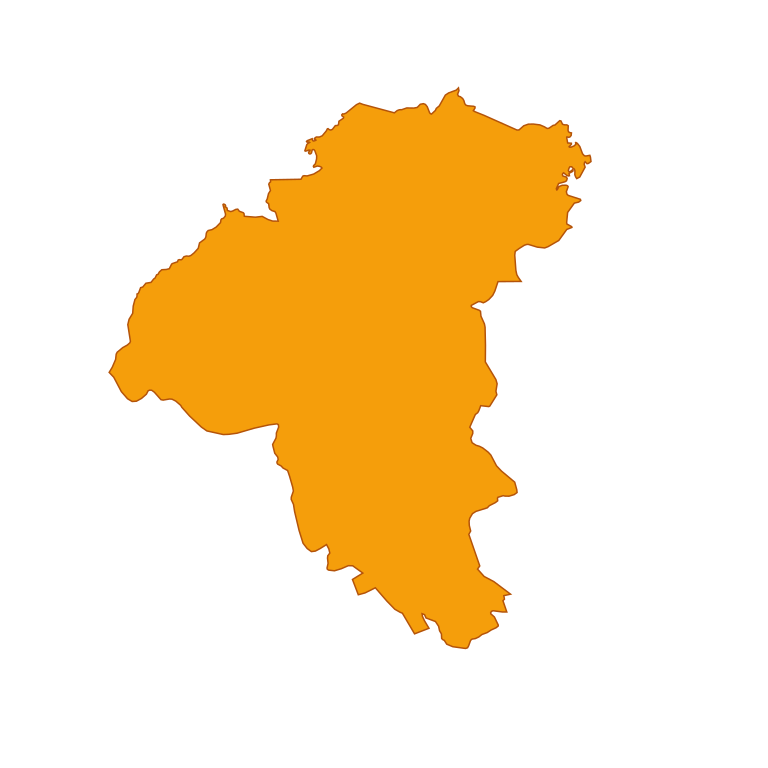 Krong Pac, Đắk Lắk, Vietnam (Robinson projection), rotated 254°
{"feature_id": "81297802B85821133415944", "entity_name": "Krong Pac", "entity_type": "district", "adm_level": 2, "iso_a3": "VNM", "parent_name": "Vietnam", "parent_adm1": "Đắk Lắk", "projection": "robinson", "projection_center": [108.37, 12.687], "detail": "fine", "context": "isolated", "style": "filled", "palette": "amber", "viewbox_px": 768, "rotation_deg": 254, "n_neighbors": 0, "source": "geoboundaries", "source_scale": "gbopen_adm2", "svg_char_len": 6171}
<svg xmlns="http://www.w3.org/2000/svg" viewBox="0 0 768 768"><g transform="rotate(254 384 384)"><path d="M253.2,262.3L247.0,264.8L242.9,268.0L242.3,272.0L243.4,277.2L245.5,284.5L240.7,285.5L236.4,285.3L234.4,282.6L232.2,281.7L227.0,280.8L222.8,278.5L221.4,278.5L220.3,279.6L218.1,284.9L218.2,292.1L219.2,299.6L217.9,303.8L208.1,311.5L204.8,299.8L188.5,301.2L188.4,308.2L190.5,319.5L174.4,327.0L164.5,332.3L160.1,336.6L158.6,338.5L135.4,344.5L136.8,359.9L145.5,357.6L150.1,356.9L152.7,357.3L151.1,359.4L147.5,359.9L141.5,368.0L136.1,369.7L131.5,369.4L128.0,370.3L123.5,369.3L122.2,369.9L120.9,371.3L116.6,372.6L112.5,377.7L107.3,389.5L107.4,391.6L108.9,393.1L113.3,396.3L114.2,397.4L114.5,398.5L114.1,401.6L114.7,405.4L116.2,409.1L116.6,414.7L118.0,419.2L118.8,424.6L119.9,427.1L120.8,427.4L129.6,425.9L133.7,423.3L134.8,423.5L135.8,424.7L136.0,426.3L132.2,435.0L131.0,439.2L142.9,438.6L144.0,440.5L147.5,440.8L147.1,447.7L163.8,435.1L171.4,427.2L180.3,422.9L182.7,425.9L216.1,424.1L218.8,426.8L224.5,427.0L228.7,428.0L231.3,429.4L235.0,433.3L236.2,437.3L236.5,449.2L238.0,451.7L239.3,458.4L240.4,461.1L243.0,461.6L243.7,462.3L243.8,467.8L242.9,469.4L241.7,473.3L241.8,478.7L243.0,482.0L245.8,482.5L253.6,482.6L267.8,473.0L274.3,469.6L286.3,467.1L289.7,465.4L295.3,461.3L297.8,458.6L299.8,455.5L303.3,452.5L307.8,452.4L312.0,455.7L314.4,456.4L318.8,454.5L329.5,463.4L330.6,466.2L332.2,467.8L336.5,471.0L333.4,478.5L333.6,479.6L342.5,489.5L346.2,489.6L353.0,492.8L357.4,492.8L377.3,487.5L393.2,492.2L410.7,496.8L414.1,497.1L422.5,495.9L427.3,496.8L428.6,495.9L433.0,489.9L434.3,489.2L435.5,489.6L437.2,497.4L436.5,499.5L434.7,501.8L435.1,504.4L436.3,508.0L439.2,512.9L442.8,516.2L451.0,521.8L444.8,544.1L449.4,542.5L452.5,541.8L456.9,542.1L471.8,545.2L475.3,546.7L477.0,551.3L478.7,557.2L478.8,559.9L478.3,561.4L473.3,569.1L470.5,576.0L470.8,579.6L473.8,591.6L482.2,602.3L482.7,607.8L483.5,607.8L487.4,603.9L488.9,604.1L498.3,607.8L505.4,616.8L505.2,621.3L506.1,623.7L507.4,623.7L514.5,613.1L516.0,612.2L518.6,612.3L522.9,615.4L524.0,615.1L524.9,613.8L525.9,610.1L525.6,606.6L523.0,604.1L523.0,603.5L524.3,603.5L528.6,607.1L528.5,613.6L529.0,615.4L530.9,616.7L532.6,616.4L534.6,613.3L536.0,613.1L537.1,613.9L537.5,614.9L534.1,617.2L533.1,618.8L533.1,619.7L535.5,619.9L536.4,624.1L537.3,624.6L538.0,624.3L536.8,621.4L537.3,620.3L538.3,620.0L540.2,621.1L541.6,622.6L541.1,624.3L539.3,625.1L538.1,626.2L536.4,626.3L532.5,625.1L530.2,625.3L528.3,625.9L529.0,629.2L537.0,637.1L540.0,637.0L541.5,637.7L542.2,638.6L539.8,639.9L539.7,641.3L540.8,644.3L545.3,645.0L547.1,644.9L547.5,640.9L548.2,639.5L550.6,638.3L558.3,637.7L562.0,636.2L563.3,635.0L563.1,634.6L561.6,634.6L560.5,632.4L560.1,629.2L560.5,627.6L561.0,627.3L562.8,630.2L563.8,630.5L565.1,627.0L570.4,627.5L571.1,628.0L570.2,629.5L570.2,630.8L571.3,632.4L573.7,633.4L574.6,631.7L575.6,630.9L577.0,630.8L581.4,632.3L582.7,631.2L583.4,628.8L584.5,627.2L588.1,626.6L588.7,625.5L585.8,619.6L586.0,617.9L584.4,613.0L584.7,611.2L587.0,609.1L590.1,605.3L592.7,599.2L594.0,594.3L593.7,589.5L591.0,583.8L591.5,581.8L614.7,554.2L620.6,546.6L622.1,545.2L624.1,547.5L625.3,547.9L626.2,546.8L628.4,541.1L629.6,539.5L631.3,538.9L634.5,538.9L636.8,538.3L639.1,536.6L640.2,534.9L642.2,534.6L645.3,536.9L648.1,537.2L646.6,534.5L646.0,526.4L644.8,522.6L636.1,513.8L634.5,510.2L632.8,508.8L630.4,504.1L631.1,503.1L632.3,502.6L638.6,502.0L641.3,500.9L642.6,499.2L642.9,496.0L640.7,492.2L641.0,488.8L643.1,481.9L642.8,476.7L643.4,474.4L643.2,472.0L641.8,468.7L658.6,440.8L660.7,438.0L660.1,434.5L654.9,422.3L654.6,419.8L655.1,418.7L654.4,417.6L653.4,417.5L651.7,418.8L650.7,418.2L649.0,413.1L645.8,411.7L645.4,410.4L645.8,408.4L643.0,404.6L642.8,402.8L643.6,401.5L644.9,400.6L644.9,399.9L643.1,398.2L639.6,393.0L639.2,390.0L640.1,387.0L639.5,385.3L639.0,384.6L638.5,384.6L638.0,385.5L637.2,385.8L636.9,384.5L637.1,383.0L637.8,382.5L639.6,382.6L639.1,377.4L638.6,376.4L637.7,376.7L637.3,378.6L636.7,379.1L636.1,376.9L635.3,375.7L630.0,372.2L629.4,372.9L629.6,376.3L629.2,377.3L628.7,377.2L627.6,375.4L626.3,375.3L625.6,376.0L625.5,376.9L626.1,378.0L628.8,379.5L629.0,380.4L628.5,381.3L627.3,381.8L621.9,382.2L618.9,381.2L614.6,378.7L613.4,376.6L612.7,376.1L611.7,376.3L611.9,380.0L611.0,382.0L610.0,383.3L608.7,383.9L606.9,380.7L605.2,374.3L605.2,367.5L606.3,364.5L606.2,363.2L603.7,360.6L611.6,331.1L609.6,330.7L608.9,329.2L607.8,328.3L601.3,328.2L598.9,325.5L594.0,322.7L592.3,321.1L591.3,321.1L589.0,322.8L585.2,322.2L583.5,322.5L581.5,324.1L579.8,326.7L578.0,327.2L569.7,327.2L571.3,321.9L574.1,317.8L578.7,313.1L579.8,306.4L583.7,296.0L586.5,296.4L587.5,295.9L589.9,292.6L592.4,291.6L592.7,289.7L592.0,286.2L592.0,284.2L594.0,281.3L596.2,281.6L597.0,281.4L598.1,280.2L599.2,280.9L599.9,280.8L600.7,280.2L601.2,279.2L600.9,278.7L599.7,278.6L591.0,278.5L589.1,277.7L587.6,275.4L587.5,273.5L586.9,272.6L584.2,271.3L581.1,265.9L579.8,261.2L580.0,257.3L579.1,255.8L578.0,254.8L574.7,253.4L573.6,252.6L572.7,251.5L570.5,245.6L565.6,242.8L562.4,237.6L560.8,233.9L560.6,231.7L561.5,229.3L561.5,226.8L559.5,224.2L559.3,223.1L560.0,221.4L559.9,220.3L558.4,219.2L558.1,213.7L557.8,212.9L554.0,209.4L554.1,206.3L555.1,201.9L553.6,198.9L551.7,197.0L551.6,195.5L549.0,193.2L548.4,191.5L545.9,188.1L546.5,182.9L543.7,178.8L543.7,176.6L539.8,173.7L538.7,172.6L538.6,171.4L536.5,170.8L535.3,170.0L533.9,167.9L528.0,164.4L521.2,161.9L516.5,156.8L511.7,154.1L494.9,152.0L493.6,151.0L492.2,148.0L491.0,142.9L488.1,136.3L486.5,134.8L481.6,132.8L475.0,127.4L470.9,123.0L465.0,126.1L449.1,129.4L440.5,133.4L436.6,137.1L435.7,141.3L437.0,147.0L439.7,152.8L442.5,155.4L442.7,157.1L442.0,159.0L439.4,161.0L430.4,165.3L429.4,167.3L428.7,173.7L427.8,176.1L425.0,179.1L419.5,182.7L417.4,183.2L406.6,188.4L392.9,196.6L387.7,200.8L379.7,215.6L378.4,221.0L377.2,229.2L377.3,247.0L376.4,262.1L375.2,270.1L374.1,271.2L371.7,270.9L366.5,267.0L363.7,266.2L361.7,265.2L356.6,260.3L354.6,260.1L347.6,259.9L343.1,261.7L340.7,261.5L338.6,259.6L337.5,259.4L336.3,259.7L333.6,262.5L331.0,263.8L327.4,267.5L321.3,267.8L310.1,267.8L306.1,267.4L300.8,263.7L298.7,263.0L293.2,263.8L286.0,262.9L266.5,262.0L253.2,262.3Z" fill="#f59e0b" stroke="#b45309" stroke-width="1.5"/></g></svg>